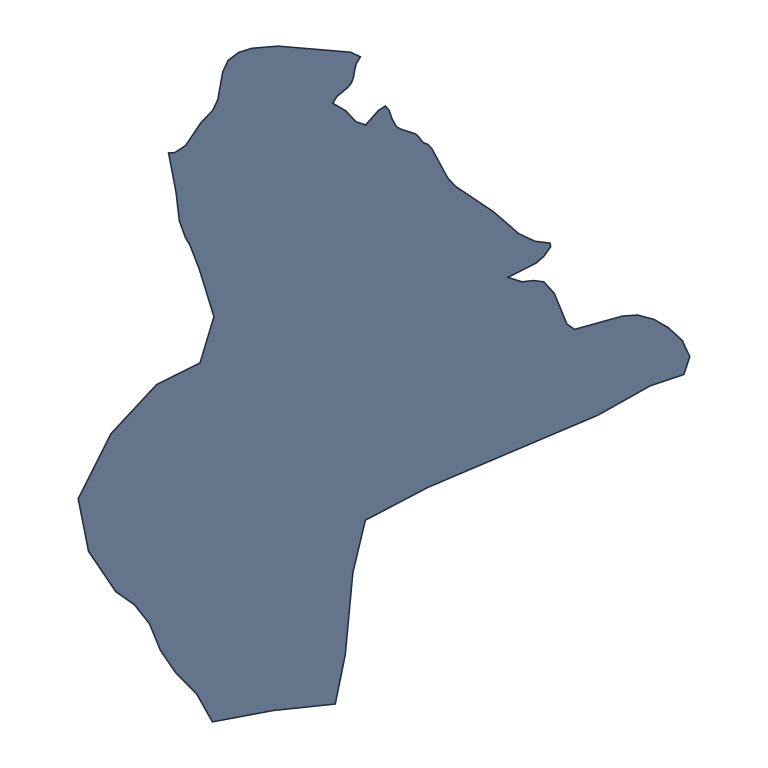 SVG path tracing the border of Ardahan
{"feature_id": "TUR-4839", "entity_name": "Ardahan", "entity_type": "Province", "adm_level": 1, "iso_a3": "TUR", "parent_name": "Turkey", "parent_adm1": "", "projection": "equal_earth", "projection_center": [42.828, 41.094], "detail": "fine", "context": "isolated", "style": "filled", "palette": "slate", "viewbox_px": 768, "rotation_deg": 0, "n_neighbors": 0, "source": "natural_earth", "source_scale": "10m", "svg_char_len": 1169}
<svg xmlns="http://www.w3.org/2000/svg" viewBox="0 0 768 768"><path d="M277.9,46.1L350.6,52.2L360.5,56.9L356.4,63.3L354.7,70.1L353.6,76.9L351.5,82.9L347.3,87.9L337.0,96.4L332.7,103.2L346.0,111.0L355.9,121.7L365.7,124.9L378.5,110.4L385.4,106.0L389.2,110.4L392.1,118.9L396.4,126.6L400.3,128.9L415.7,134.0L418.8,136.9L420.9,140.0L423.5,142.7L428.1,144.5L432.1,149.1L447.7,177.9L455.2,186.1L493.5,211.8L518.7,233.6L534.8,241.2L550.0,243.1L550.7,246.7L543.7,256.5L536.1,263.1L507.9,277.4L522.1,281.8L533.6,280.5L543.8,281.8L554.4,293.6L566.9,324.0L574.4,329.4L622.3,316.1L637.5,315.0L654.0,319.4L668.2,327.6L682.3,340.6L689.8,356.7L683.9,374.5L650.1,385.9L597.7,415.3L512.8,451.3L427.9,487.4L365.4,520.2L352.9,572.6L345.3,654.7L335.3,704.0L272.7,710.6L212.4,721.9L196.7,694.0L175.8,672.9L160.4,650.4L149.5,623.8L134.6,604.9L115.8,591.7L88.5,551.3L78.2,498.7L110.9,433.8L156.7,384.5L200.0,362.9L213.9,316.7L199.2,269.0L189.9,245.1L185.4,237.6L179.3,220.9L176.0,192.2L168.5,152.9L174.8,152.6L185.6,145.5L201.2,122.3L212.6,110.6L217.8,99.6L222.7,71.9L228.0,60.5L238.5,52.5L239.2,52.3L241.4,51.6L251.6,48.3L277.9,46.1Z" fill="#64748b" stroke="#1e293b" stroke-width="1.5"/></svg>